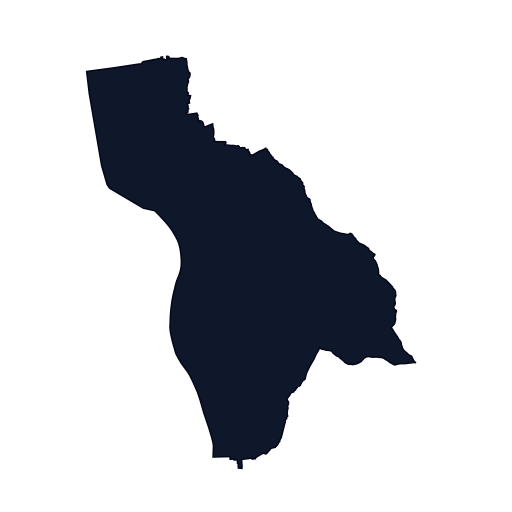 outline of Ionesti, Vâlcea, Romania, rotated 173°
{"feature_id": "2599482B28875111653577", "entity_name": "Ionesti", "entity_type": "district", "adm_level": 2, "iso_a3": "ROU", "parent_name": "Romania", "parent_adm1": "Vâlcea", "projection": "natural_earth1", "projection_center": [24.222, 44.864], "detail": "fine", "context": "isolated", "style": "filled", "palette": "ink", "viewbox_px": 512, "rotation_deg": 173, "n_neighbors": 0, "source": "geoboundaries", "source_scale": "gbopen_adm2", "svg_char_len": 6096}
<svg xmlns="http://www.w3.org/2000/svg" viewBox="0 0 512 512"><g transform="rotate(173 256 256)"><path d="M401.6,459.8L401.7,437.3L398.2,364.6L395.1,345.2L393.0,341.1L362.0,317.2L351.0,313.3L347.5,308.8L341.9,301.0L339.6,297.5L337.9,294.7L335.7,290.5L333.3,284.8L332.0,281.2L331.1,277.9L330.5,273.0L330.3,267.3L330.7,260.2L331.4,255.4L332.3,252.1L333.5,249.0L334.6,246.7L337.6,241.2L339.2,237.6L343.0,227.4L344.9,221.5L346.9,213.6L348.3,206.9L350.1,195.5L350.2,193.1L350.2,190.5L349.9,186.5L349.4,181.6L347.5,169.2L345.5,163.9L343.5,159.2L341.6,155.7L338.2,149.7L336.4,145.9L334.1,139.3L330.7,128.1L329.1,120.2L326.9,106.5L323.7,90.9L322.2,82.2L321.4,75.5L321.4,72.4L323.1,61.7L306.3,60.1L306.4,57.4L302.7,57.2L302.7,56.3L299.4,55.9L299.6,52.5L299.0,52.4L299.4,47.7L295.9,46.9L295.9,48.7L295.5,48.6L295.1,55.8L285.9,55.9L284.0,54.8L283.8,55.7L281.7,54.7L281.0,55.6L279.8,56.5L273.4,59.3L271.6,59.0L270.8,58.4L270.1,58.3L268.9,59.3L268.3,59.5L267.6,60.7L266.3,61.4L265.4,62.6L264.8,63.0L263.7,63.4L261.6,63.6L261.1,63.8L260.2,63.7L259.8,64.3L258.6,65.1L257.2,66.4L256.8,67.2L256.0,68.3L254.9,69.3L255.1,70.2L254.6,70.5L253.8,71.8L253.3,72.3L252.8,73.4L247.5,87.1L247.2,87.4L247.2,88.5L247.0,89.2L246.6,90.0L245.4,90.9L245.5,91.7L245.4,92.0L244.1,93.2L244.5,93.4L244.5,94.1L244.2,94.9L244.2,96.3L243.8,97.9L243.6,99.1L242.8,101.0L242.9,103.0L242.4,104.2L241.8,105.1L241.7,105.6L241.6,107.5L242.5,108.8L242.7,109.4L242.5,110.1L242.0,111.1L241.2,112.0L239.7,113.4L238.5,115.2L238.0,115.7L237.6,116.0L235.0,116.6L234.6,117.5L233.1,118.3L232.4,119.4L230.8,120.8L230.3,121.4L229.5,121.7L228.7,121.6L228.1,122.0L227.7,122.4L226.9,123.9L224.8,126.5L223.0,127.3L222.2,128.0L221.0,131.5L220.0,133.8L217.7,137.5L215.6,140.6L211.0,146.6L208.5,150.8L206.0,154.1L204.0,157.0L203.0,156.1L201.6,155.3L199.4,154.7L198.0,154.0L195.5,153.5L192.6,152.5L191.5,150.5L188.8,147.6L187.7,146.7L186.1,145.9L184.8,144.2L182.3,141.7L180.5,139.3L177.4,137.2L175.2,137.0L173.2,136.4L169.1,136.7L167.0,137.4L164.4,138.5L161.0,141.5L158.9,142.4L157.8,142.5L156.7,142.5L152.5,141.3L149.2,141.1L147.4,140.8L145.9,140.3L144.0,140.0L141.8,139.1L140.1,137.5L138.2,136.2L136.4,134.3L133.7,132.2L133.1,132.0L132.1,131.1L131.0,131.0L127.9,131.5L125.4,131.5L121.1,131.0L111.7,131.0L110.3,130.4L111.4,131.7L112.2,132.9L113.4,136.3L113.7,137.5L114.3,138.0L115.4,138.6L116.5,139.4L118.4,141.8L119.5,142.8L120.8,144.4L121.7,146.2L122.0,148.1L122.4,149.3L122.5,150.1L122.4,151.7L122.7,153.0L123.7,155.0L124.7,156.3L125.0,157.5L125.4,158.4L128.3,163.9L129.4,166.7L130.0,167.5L130.8,168.2L128.6,170.3L127.5,171.1L126.5,172.4L125.6,174.8L125.1,176.5L125.0,177.3L125.3,178.2L124.7,179.9L124.7,181.2L123.3,184.2L123.3,184.4L123.5,185.0L125.2,186.2L125.4,188.1L125.5,188.6L125.5,188.9L124.2,190.5L123.6,191.7L123.5,193.1L123.7,195.6L123.2,197.7L122.3,199.0L122.0,199.9L122.1,200.8L121.9,203.5L122.6,205.6L123.0,206.1L123.8,207.0L124.5,209.0L129.5,215.7L130.4,216.7L133.9,219.3L135.7,222.0L136.2,222.3L137.0,222.5L136.4,223.9L136.2,227.1L136.2,228.3L137.0,232.0L136.9,232.8L138.2,236.6L139.2,237.7L140.0,240.1L139.9,240.5L138.5,241.8L137.8,242.8L138.2,243.5L139.8,244.5L141.2,246.3L143.1,247.8L143.2,248.1L143.2,248.8L143.4,249.7L144.0,250.4L145.5,251.5L146.8,253.0L147.7,253.7L152.3,256.4L152.7,257.2L154.6,259.5L154.9,260.9L157.0,263.5L157.4,264.8L158.2,266.1L158.6,266.4L159.6,267.0L161.3,266.3L161.5,265.9L169.7,268.4L175.5,271.2L180.5,276.6L185.7,280.9L186.6,282.5L189.0,284.2L190.4,285.4L192.6,290.8L192.9,291.8L194.0,294.1L194.1,295.3L194.9,298.8L194.9,300.4L195.1,301.4L195.3,302.1L195.8,302.8L195.5,303.6L195.8,304.8L195.6,305.6L196.7,306.5L198.5,308.0L198.9,310.1L199.4,310.9L199.8,312.6L199.7,313.4L199.8,316.2L200.1,316.8L200.3,317.7L199.8,318.4L199.7,318.8L200.3,320.1L201.1,320.9L201.0,321.3L201.1,321.6L201.1,322.0L200.8,322.4L200.8,323.0L201.3,323.6L201.5,324.4L202.5,325.4L202.8,327.3L204.6,328.7L205.5,329.9L209.0,332.2L209.2,333.4L209.4,333.7L212.6,337.6L214.8,339.0L215.7,339.3L216.3,340.0L217.2,340.5L219.0,343.2L221.9,344.7L222.4,345.3L223.2,347.0L223.6,347.6L225.3,348.8L225.9,349.1L226.2,349.7L227.0,350.6L227.2,351.6L227.3,351.5L228.0,351.6L228.0,351.9L228.4,352.3L228.2,352.9L228.8,354.1L230.0,355.6L230.2,356.8L230.6,357.4L230.8,358.1L231.5,358.6L231.7,359.1L231.7,360.2L232.1,360.6L233.0,360.7L233.2,361.8L234.7,361.0L235.7,360.8L237.5,360.1L239.7,359.7L246.8,356.7L247.9,356.7L248.5,356.5L248.7,357.2L249.3,357.4L249.6,358.2L250.1,358.8L249.8,359.6L249.9,359.9L250.6,360.7L250.9,361.2L251.0,361.7L250.8,362.6L250.9,362.8L252.4,362.5L253.6,363.5L254.1,364.9L256.1,365.2L258.9,365.3L259.4,365.7L259.3,366.6L260.0,367.5L260.7,367.6L260.9,367.6L261.1,367.4L261.3,367.4L265.3,368.6L266.6,368.6L273.6,370.2L272.0,372.0L272.3,373.1L272.5,373.0L274.9,373.5L280.4,374.2L283.3,374.8L283.0,375.9L283.0,377.1L283.7,378.5L283.9,379.4L283.0,382.4L282.6,386.7L282.7,387.6L282.9,388.1L283.0,390.0L282.9,392.4L284.1,392.2L288.1,391.1L288.1,390.9L291.2,390.5L291.8,390.6L291.9,390.9L292.2,394.2L292.5,395.1L293.2,396.2L294.5,396.9L296.2,397.1L296.8,397.0L296.5,398.3L296.6,400.0L297.2,401.1L297.2,401.3L296.5,402.1L296.5,402.8L297.2,404.8L297.4,404.8L297.4,405.0L304.2,404.8L308.0,405.2L307.7,406.8L306.8,406.8L306.5,407.4L306.0,407.3L305.9,408.5L305.4,410.4L305.0,410.5L305.5,411.5L305.1,412.7L305.4,414.5L305.3,415.9L303.4,415.9L303.4,418.4L303.2,419.3L302.2,420.5L302.1,421.3L301.4,423.0L304.4,424.0L303.8,424.7L303.3,426.0L304.4,427.7L304.6,428.3L304.1,429.8L304.1,431.7L303.7,432.7L303.6,433.6L303.3,433.8L303.2,434.6L301.7,437.4L301.8,438.8L302.0,439.6L301.6,440.7L300.8,440.9L300.2,441.7L299.6,443.0L299.2,445.0L299.2,445.6L300.0,446.5L300.5,447.4L301.0,449.3L301.1,452.2L301.3,453.8L301.0,457.2L301.2,459.2L301.2,460.3L302.8,460.7L305.0,462.0L305.7,462.0L307.7,461.6L309.6,461.6L318.1,462.7L318.0,463.9L318.7,464.8L320.3,465.1L320.5,464.4L320.5,462.2L320.8,461.7L323.2,461.8L323.1,462.5L324.6,462.6L324.5,465.0L326.2,464.9L326.2,463.5L328.4,463.5L328.5,463.9L331.0,463.5L334.3,463.4L339.4,462.9L344.3,462.7L345.4,461.9L346.4,460.6L349.0,460.8L373.9,460.1L401.6,459.8Z" fill="#0f172a" stroke="#020617" stroke-width="1.5"/></g></svg>